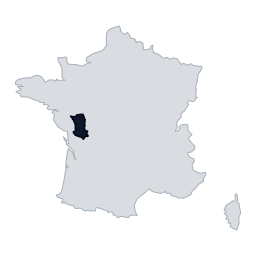 Deux-Sèvres highlighted on a map of France
{"feature_id": "FRA-5285", "entity_name": "Deux-Sèvres", "entity_type": "Metropolitan department", "adm_level": 1, "iso_a3": "FRA", "parent_name": "France", "parent_adm1": "", "projection": "albers", "projection_center": [-0.346, 46.535], "detail": "fine", "context": "in_parent", "style": "filled", "palette": "ink", "viewbox_px": 256, "rotation_deg": 0, "n_neighbors": 0, "source": "natural_earth", "source_scale": "10m", "svg_char_len": 5644}
<svg xmlns="http://www.w3.org/2000/svg" viewBox="0 0 256 256"><path d="M197.2,97.5L195.5,98.7L194.6,100.8L193.5,101.4L191.5,101.6L190.4,100.5L188.0,101.5L187.1,102.9L188.7,104.3L184.3,111.2L181.4,113.2L181.0,117.5L177.6,121.0L176.4,124.4L176.4,125.1L177.4,126.1L177.2,128.3L175.4,129.9L175.5,131.3L176.1,131.4L178.9,130.1L179.9,128.7L179.2,127.0L181.9,124.6L187.2,124.6L188.1,127.4L187.6,129.9L191.9,134.8L188.8,137.5L188.7,139.2L192.6,144.1L195.0,146.1L194.2,149.7L190.7,152.3L188.4,152.3L187.5,153.0L187.7,154.1L189.5,157.1L193.7,158.8L194.5,161.2L193.5,162.1L192.0,166.0L192.9,167.7L192.7,168.5L193.2,169.7L194.4,170.8L200.2,173.4L205.1,172.3L205.9,174.0L203.3,179.1L203.7,181.2L202.2,181.4L202.0,182.2L199.0,184.0L194.5,189.3L192.2,190.9L191.5,193.5L190.3,195.0L183.2,198.3L181.8,197.8L178.3,198.2L175.9,196.6L171.6,195.8L170.1,193.4L166.1,193.2L165.8,191.5L160.3,193.4L152.4,191.6L149.6,189.2L147.3,190.0L145.4,192.3L137.3,198.6L134.3,204.9L135.2,211.9L137.3,215.3L132.1,215.0L129.1,216.2L128.3,217.7L120.9,216.2L118.3,217.7L117.5,217.7L116.5,216.2L112.9,214.6L113.4,213.4L112.9,212.4L109.5,211.6L108.3,212.7L107.0,210.7L97.5,207.6L96.0,207.7L95.4,210.9L89.3,210.9L88.5,210.3L84.5,211.0L80.4,208.0L75.7,208.6L72.9,205.5L70.2,205.2L66.3,203.6L64.5,202.8L64.3,201.9L63.2,203.2L61.7,202.9L61.4,202.5L62.4,200.8L62.6,198.8L57.8,197.3L56.5,195.8L56.5,195.0L59.1,194.4L61.5,191.7L63.8,181.7L65.6,169.9L66.7,167.7L68.2,167.1L67.0,165.5L65.6,167.6L66.6,156.7L68.3,148.6L72.2,152.0L73.1,153.4L74.3,158.3L76.5,160.3L75.0,158.4L73.7,151.9L72.8,150.1L66.6,144.6L66.4,143.4L69.1,144.0L68.0,140.0L67.5,131.5L63.8,130.6L57.9,126.9L53.9,120.4L53.5,117.9L54.6,115.4L53.7,113.7L52.0,112.6L53.4,110.4L54.6,110.2L58.8,111.6L55.4,109.4L49.8,110.0L47.5,109.2L47.2,107.7L48.8,105.7L46.9,104.5L43.7,104.7L43.3,104.1L44.3,102.7L43.5,102.2L40.9,102.6L39.4,102.2L38.1,100.5L33.9,100.0L33.0,99.0L27.3,96.9L21.2,97.0L19.7,93.7L16.1,91.9L16.9,91.0L20.6,90.2L21.3,89.3L18.7,87.9L17.9,86.5L22.8,86.5L20.6,85.0L15.9,84.8L15.4,82.9L16.1,80.9L18.9,79.3L25.9,77.8L30.8,77.9L34.4,75.8L37.9,75.3L41.2,76.6L45.5,82.3L49.2,79.9L54.5,80.1L55.6,81.5L57.0,79.0L58.2,80.5L64.7,80.1L63.2,79.1L62.0,76.7L61.9,68.0L58.7,61.7L57.9,59.4L58.2,57.4L62.0,57.9L65.1,57.0L66.6,57.6L67.0,61.7L68.3,64.1L77.1,64.8L82.2,66.1L86.5,63.8L90.5,62.7L90.8,62.2L88.5,62.4L86.4,61.5L86.1,60.4L87.2,57.2L93.3,53.6L102.1,50.5L104.3,48.5L106.9,44.9L106.3,44.0L106.4,34.2L107.6,31.0L110.9,28.6L119.3,26.0L120.5,29.0L120.5,30.8L122.8,33.4L124.0,34.2L127.6,32.6L129.5,35.1L130.2,37.9L134.8,38.9L136.3,42.6L137.0,41.7L139.9,41.7L141.2,42.0L143.1,43.5L142.7,45.8L143.6,46.8L142.9,48.9L143.5,49.8L148.7,49.4L150.2,48.4L150.8,46.3L152.3,45.0L152.9,45.3L152.2,49.2L153.0,50.2L153.5,52.9L155.5,53.0L159.5,54.9L163.0,58.3L167.0,57.4L170.3,59.2L173.5,57.9L176.7,58.7L177.9,59.7L181.2,64.5L183.3,63.3L184.9,63.8L185.6,65.2L191.4,63.8L192.6,65.1L193.9,65.5L201.6,66.6L201.9,68.5L198.1,74.4L197.0,82.4L196.0,85.2L195.7,87.3L196.2,88.6L196.2,90.7L195.8,95.9L196.5,97.3L197.2,97.5ZM237.7,198.6L237.6,201.8L239.1,204.0L240.6,213.1L238.8,217.8L239.0,223.3L236.7,230.0L231.6,227.7L230.0,226.3L231.0,223.7L228.1,222.7L228.5,220.3L228.0,219.1L226.1,219.2L225.9,218.6L227.1,216.7L227.0,215.5L225.0,214.3L224.5,213.1L226.1,211.5L225.1,210.3L224.1,210.1L226.0,205.6L227.5,204.2L231.0,202.6L232.4,200.8L234.9,201.4L235.2,200.9L235.2,194.2L236.0,194.0L236.9,194.8L237.7,198.6ZM66.9,140.4L66.4,142.4L64.0,139.0L63.7,137.2L66.9,140.4Z" fill="#d9dde1" stroke="#a8b0b8" stroke-width="1"/><path d="M75.9,135.4L75.5,135.3L75.2,135.0L73.9,133.3L73.5,133.0L73.6,132.7L73.6,132.4L73.5,132.1L73.4,131.8L73.6,131.7L73.8,131.6L74.3,131.3L74.5,131.3L74.9,131.3L75.0,131.3L75.1,131.2L75.6,130.7L75.9,130.6L76.0,130.6L76.3,130.6L76.5,130.3L76.4,130.1L76.2,129.9L75.7,129.5L75.4,129.6L75.3,129.4L75.3,129.1L75.3,128.9L75.4,128.6L75.4,128.4L75.2,127.1L75.2,126.9L75.3,126.7L75.5,126.5L75.5,126.4L75.5,126.2L75.4,125.5L75.4,125.1L75.3,124.9L75.1,124.5L75.0,124.3L75.0,124.1L75.0,123.8L74.9,123.6L74.9,123.4L74.5,122.6L74.1,121.9L73.9,121.6L73.9,121.3L74.1,121.0L74.1,120.9L74.1,120.7L73.9,120.5L73.6,120.2L72.8,119.6L72.6,119.5L72.5,119.2L72.4,118.9L72.4,118.4L72.3,118.2L72.1,117.9L71.7,117.7L71.4,117.1L71.2,116.8L70.6,116.4L70.7,116.2L70.8,116.1L71.0,116.1L71.8,116.6L72.1,116.7L72.3,116.7L73.1,116.5L73.5,116.6L74.4,116.7L75.3,116.6L75.6,116.5L75.9,116.2L76.6,115.9L76.6,115.7L76.5,115.4L76.4,115.3L76.5,115.1L76.8,114.9L77.1,114.8L77.4,114.8L77.7,115.0L77.9,115.0L78.8,114.7L79.2,114.5L80.8,114.3L81.6,114.4L81.9,114.3L82.1,114.3L82.4,114.5L82.5,114.7L82.5,114.8L82.6,115.0L83.0,115.2L83.2,114.9L83.5,115.7L83.6,116.4L83.7,116.5L83.8,116.6L84.0,116.7L84.1,116.8L84.2,117.1L84.2,117.3L84.2,117.5L84.6,118.9L84.8,119.3L85.2,119.6L85.2,120.1L84.8,120.2L84.6,120.2L84.5,120.6L84.5,121.2L84.6,121.5L84.9,121.9L85.0,122.0L85.0,122.3L85.0,122.5L84.9,123.0L84.6,123.4L84.5,123.8L84.4,124.1L84.4,124.5L84.5,124.7L84.6,124.8L85.0,125.0L85.1,125.3L85.1,125.5L84.7,126.6L84.4,127.0L84.3,127.5L84.3,127.8L84.6,128.0L84.7,128.6L84.6,129.4L84.8,129.7L85.1,130.0L85.2,130.7L85.3,131.0L85.5,131.4L85.9,131.7L86.1,131.6L86.3,131.2L86.6,131.0L86.8,130.8L87.1,130.8L87.5,131.1L87.5,131.6L87.4,132.1L87.2,132.6L86.7,133.3L86.6,133.6L86.5,133.9L86.5,134.1L86.7,134.4L86.9,134.6L87.7,134.9L87.9,135.1L88.0,135.4L88.0,135.6L87.9,135.8L87.8,136.0L87.9,136.3L87.6,136.5L87.4,136.4L87.2,136.2L86.2,136.2L85.4,136.6L84.7,137.3L84.3,138.1L84.1,138.5L83.9,138.8L83.7,139.0L83.3,139.1L83.0,138.9L82.2,137.9L80.9,137.0L80.3,136.7L79.2,136.7L78.5,136.1L78.1,136.1L77.4,136.2L77.1,135.9L76.8,135.5L76.5,135.3L75.9,135.4Z" fill="#0f172a" stroke="#020617" stroke-width="1.5"/></svg>